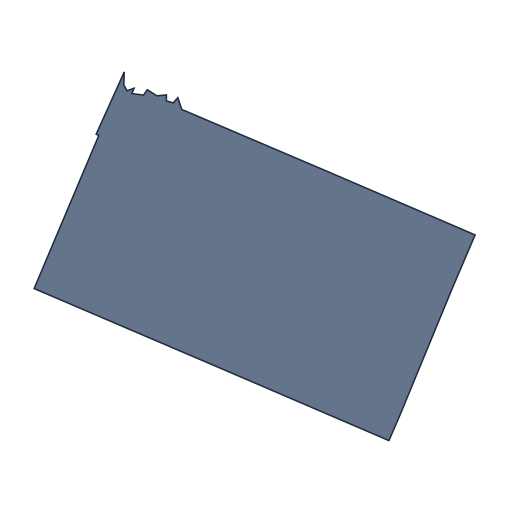 Washita, Oklahoma, United States of America (orthographic projection), rotated 203°
{"feature_id": "52423323B11549083721324", "entity_name": "Washita", "entity_type": "district", "adm_level": 2, "iso_a3": "USA", "parent_name": "United States of America", "parent_adm1": "Oklahoma", "projection": "orthographic", "projection_center": [-98.855, 35.281], "detail": "fine", "context": "isolated", "style": "filled", "palette": "slate", "viewbox_px": 512, "rotation_deg": 203, "n_neighbors": 0, "source": "geoboundaries", "source_scale": "gbopen_adm2", "svg_char_len": 442}
<svg xmlns="http://www.w3.org/2000/svg" viewBox="0 0 512 512"><g transform="rotate(203 256 256)"><path d="M62.5,361.0L219.2,361.7L381.6,361.9L389.8,371.2L392.0,364.6L399.1,363.8L401.4,369.3L409.8,364.7L421.0,366.6L422.4,360.2L433.6,357.0L433.8,362.8L439.3,357.7L444.5,361.8L449.2,374.0L450.7,305.6L447.8,305.6L447.5,139.3L227.2,138.7L61.5,138.0L61.3,166.2L62.7,304.9L62.5,361.0Z" fill="#64748b" stroke="#1e293b" stroke-width="1.5"/></g></svg>